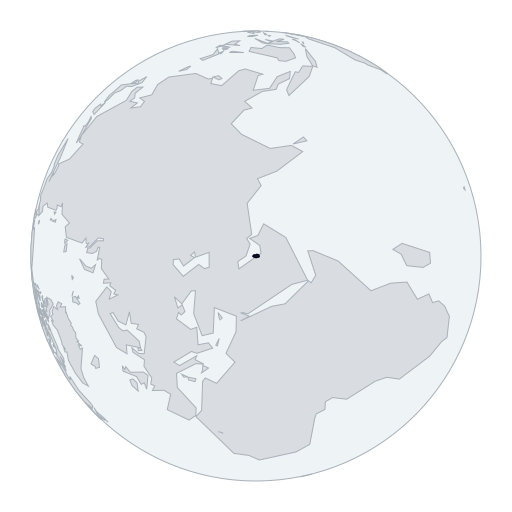 Qatar highlighted on a globe, orthographic projection, rotated 264°
{"feature_id": "QAT", "entity_name": "Qatar", "entity_type": "country or territory", "adm_level": 0, "iso_a3": "QAT", "parent_name": "Asia", "parent_adm1": "", "projection": "orthographic", "projection_center": [51.193, 25.359], "detail": "fine", "context": "on_globe", "style": "filled", "palette": "ink", "viewbox_px": 512, "rotation_deg": 264, "n_neighbors": 0, "source": "natural_earth", "source_scale": "50m", "svg_char_len": 10728}
<svg xmlns="http://www.w3.org/2000/svg" viewBox="0 0 512 512"><g transform="rotate(264 256 256)"><circle cx="256" cy="256" r="225" fill="#eef3f6" stroke="#a8b0b8"/><path d="M319.4,39.8L322.0,40.6L319.4,40.0L308.7,37.2L306.8,37.0L313.3,38.7L314.8,39.7L305.5,37.0L307.1,38.7L289.6,35.8L266.9,31.7L255.1,31.9L226.5,33.2L227.1,33.5L216.6,35.1L213.5,36.3L209.0,36.9L210.3,37.5L215.0,36.8L217.1,37.0L215.6,37.9L209.8,38.5L209.6,38.1L207.1,38.8L204.8,38.8L205.2,39.3L198.2,40.3L202.9,40.7L195.5,42.7L191.5,43.1L194.8,41.2L193.8,39.5L192.6,39.8L208.2,35.8L224.0,33.0L240.0,31.3L256.0,30.7L272.1,31.3L288.0,33.0L303.8,35.9L319.4,39.8ZM155.2,54.5L157.7,53.3L157.8,53.6L166.2,49.9L167.5,49.8L175.0,47.3L170.7,49.9L162.4,54.0L155.9,56.3L152.0,58.4L155.6,58.3L141.1,65.7L127.1,76.0L123.7,78.1L121.7,77.2L128.3,70.9L126.2,71.9L140.4,62.6L155.2,54.5ZM125.3,72.5L124.1,74.0L115.6,80.1L112.8,82.4L111.3,83.9L113.3,82.8L109.7,85.7L109.9,84.5L113.2,81.8L113.1,82.0L116.1,79.4L125.3,72.5ZM31.7,276.7L32.2,281.4L33.2,289.1L31.7,276.7ZM323.0,40.9L324.9,41.5L325.9,41.9L323.0,40.9ZM176.9,46.2L175.9,46.8L175.0,46.9L176.9,46.2ZM181.0,44.8L180.7,44.5L182.6,43.9L182.8,44.0L181.0,44.8ZM322.8,41.4L323.8,42.2L320.9,40.9L322.8,41.4ZM181.1,45.3L186.0,42.7L189.4,41.6L193.0,41.4L181.1,45.3ZM323.2,42.3L325.8,44.7L330.2,46.0L319.0,44.3L320.5,42.4L316.3,40.5L320.7,41.9L323.2,42.3ZM217.1,36.3L212.1,37.0L217.6,35.8L217.1,36.3ZM220.1,35.5L234.0,32.5L240.7,32.3L234.6,33.2L244.4,32.8L240.8,34.1L234.6,34.6L231.0,34.3L232.4,35.1L220.1,35.5ZM312.4,43.3L311.4,43.7L310.4,42.8L312.4,43.3ZM218.3,37.0L220.6,36.3L226.5,36.0L223.2,37.5L222.3,37.1L218.3,37.0ZM248.7,32.2L252.5,32.5L250.6,33.6L251.9,34.0L241.3,34.1L248.7,32.2ZM220.2,37.6L221.3,38.4L217.2,39.4L216.6,37.8L220.2,37.6ZM229.5,35.3L232.1,35.4L229.5,35.8L229.5,35.3ZM203.2,44.2L205.7,42.8L209.0,42.5L203.2,44.2ZM222.0,38.7L223.4,38.3L225.0,38.2L224.8,38.9L222.0,38.7ZM240.7,35.1L239.1,35.6L244.9,35.0L243.8,36.1L236.9,36.2L239.4,36.6L239.1,37.0L233.8,36.7L240.7,35.1ZM229.4,39.3L220.3,40.3L214.9,42.7L211.8,43.0L221.0,39.2L229.4,39.3ZM232.5,37.7L229.9,38.7L227.3,38.4L227.5,37.5L232.5,37.7ZM245.5,37.0L249.0,35.2L250.4,35.3L245.5,37.0ZM228.4,40.0L230.6,39.8L228.3,40.2L228.4,40.0ZM240.8,37.9L241.8,37.2L243.4,37.3L240.8,37.9ZM234.1,40.2L231.2,40.4L231.2,39.7L234.1,40.2ZM237.6,39.2L239.4,39.5L233.0,39.3L237.8,38.8L237.6,39.2ZM242.1,38.1L243.3,38.0L241.4,38.4L242.1,38.1ZM235.7,43.0L227.6,42.9L227.7,41.2L235.5,41.5L235.7,43.0ZM56.9,275.3L52.8,238.0L58.4,228.1L62.0,213.4L102.5,179.5L108.2,185.8L136.9,189.8L140.0,192.8L133.5,203.5L152.6,224.0L162.4,216.0L182.7,228.2L198.2,230.2L209.1,209.2L183.8,205.4L182.4,194.1L205.2,188.0L227.8,192.2L228.0,188.0L216.2,177.2L224.0,170.5L212.5,172.9L215.2,177.6L208.1,179.5L205.1,175.5L208.0,173.1L201.9,170.3L189.8,183.4L191.3,189.6L173.8,189.1L174.6,199.6L168.9,203.3L165.4,187.1L167.8,181.8L159.1,163.2L155.0,168.5L163.0,186.7L159.3,184.6L153.9,192.9L155.2,184.9L147.6,164.7L133.5,164.0L111.1,180.6L103.8,179.5L99.8,172.3L112.5,151.7L127.4,156.7L132.1,150.4L133.0,138.9L137.4,141.7L139.6,138.0L145.6,139.6L157.9,133.1L164.5,134.2L173.1,123.6L177.7,123.0L171.3,129.2L170.5,134.6L187.5,138.3L191.8,136.6L196.0,129.7L200.2,132.0L202.1,124.9L213.7,124.3L201.1,119.4L205.7,112.1L214.7,107.9L214.0,104.9L199.3,111.9L195.5,115.7L195.8,120.2L183.4,130.9L176.7,131.6L181.2,117.7L172.2,117.5L179.6,107.7L214.8,93.2L227.6,91.9L240.8,104.4L235.7,108.3L228.4,105.5L231.7,114.5L233.1,110.6L236.5,112.9L241.8,107.4L244.5,108.8L244.9,101.4L248.8,102.5L248.5,107.2L259.6,100.9L268.7,102.2L269.9,100.2L268.6,97.7L281.0,101.5L281.4,99.9L277.4,98.0L275.6,93.7L277.1,87.9L281.3,89.5L281.3,91.8L287.7,99.5L287.1,106.0L289.0,106.1L290.5,101.0L282.7,91.5L282.5,87.6L286.9,91.6L285.3,89.8L286.5,88.4L291.6,88.8L287.1,84.3L294.4,69.4L305.1,69.3L308.2,74.0L317.8,67.4L329.0,69.2L325.4,67.2L327.5,63.7L324.0,63.0L322.4,61.8L326.3,54.0L330.5,53.9L328.0,49.7L326.1,48.9L322.9,48.5L319.0,44.3L330.2,46.0L333.9,47.6L338.5,48.1L346.2,52.2L354.7,56.3L360.6,61.5L366.8,64.9L367.9,64.7L377.1,69.7L392.5,81.4L375.4,72.3L351.4,57.8L360.8,63.4L357.3,62.5L359.8,64.9L366.5,69.2L368.2,69.4L371.9,80.6L385.4,95.7L387.8,92.2L394.0,94.9L411.4,112.3L424.3,143.3L432.7,149.8L436.3,155.5L435.8,161.2L430.6,152.9L426.0,151.9L423.1,146.7L420.6,154.0L416.3,147.0L416.5,156.7L421.5,161.3L425.3,156.9L427.2,169.2L436.9,176.2L443.1,188.1L443.8,215.2L436.9,227.2L437.5,231.5L432.2,229.1L429.0,239.7L442.1,258.3L443.1,264.9L436.1,281.7L435.3,277.0L421.1,270.5L421.3,287.0L432.1,295.8L436.0,309.4L428.9,307.9L424.7,296.1L419.6,293.4L419.0,279.4L411.0,260.9L403.6,267.6L402.3,259.3L390.1,245.2L378.6,254.2L361.5,281.3L362.3,302.7L355.0,313.4L338.3,285.7L332.7,265.5L325.5,268.5L309.3,252.7L277.9,254.0L274.5,248.6L268.4,251.4L257.1,246.1L252.3,237.2L245.0,237.7L258.2,261.3L266.1,260.8L274.2,251.6L276.2,260.0L287.2,267.0L271.3,287.6L226.5,304.8L224.0,288.6L199.3,241.9L201.1,236.9L201.1,236.4L200.9,235.3L196.8,243.1L193.1,233.9L204.3,266.4L205.4,279.9L225.9,305.7L223.5,308.0L230.6,313.4L255.7,308.0L255.4,313.2L242.5,337.1L209.4,366.7L214.9,387.2L214.3,403.4L196.1,412.0L200.2,424.0L191.2,426.7L192.3,433.0L186.5,438.3L175.8,442.0L154.9,437.4L151.6,431.8L138.2,418.2L118.6,385.7L121.7,373.3L119.0,361.5L104.1,331.2L107.2,317.4L103.8,309.7L96.3,308.6L92.6,299.3L88.3,297.4L63.1,289.8L56.9,275.3ZM85.3,200.2L83.5,204.4L83.4,204.4L85.3,200.2ZM249.8,208.3L264.5,209.7L261.1,195.7L266.5,195.3L263.4,191.0L260.8,194.7L253.6,182.9L261.1,179.3L261.0,173.4L256.0,172.7L243.4,181.5L253.6,198.1L248.8,203.5L249.8,208.3ZM115.6,80.1L115.4,80.3L113.3,82.3L113.0,82.3L115.6,80.1ZM111.8,87.0L106.1,91.6L110.0,88.0L108.4,88.6L114.6,82.2L122.3,78.8L117.7,81.3L111.8,87.0ZM125.0,73.6L120.2,77.4L125.2,73.4L125.0,73.6ZM145.9,117.6L146.6,120.7L142.4,124.4L134.0,124.7L140.0,119.2L145.9,117.6ZM148.6,124.6L155.4,111.7L160.9,111.6L156.7,113.7L159.6,114.9L153.6,118.8L152.3,131.9L148.5,136.1L135.0,133.4L141.5,131.7L140.4,128.4L148.6,124.6ZM162.9,84.6L165.9,80.6L174.0,85.2L170.3,88.6L161.6,88.7L161.0,84.8L162.9,84.6ZM186.5,46.0L187.1,45.3L188.7,44.9L189.5,45.3L186.5,46.0ZM204.1,43.6L185.4,49.5L185.2,48.8L174.5,54.0L169.8,54.2L176.8,50.7L165.2,55.1L169.7,52.1L161.9,55.5L178.1,47.7L181.6,45.7L179.5,47.7L183.7,47.5L186.7,46.7L197.6,43.4L207.3,39.5L213.1,39.1L214.6,39.9L213.2,40.8L209.9,40.6L210.3,42.0L204.4,42.5L204.1,43.6ZM228.9,57.8L225.6,55.9L225.5,61.3L219.6,60.7L220.0,61.4L214.5,62.5L208.4,65.2L206.2,64.5L204.8,65.9L201.2,66.9L198.5,68.7L193.6,68.3L189.9,70.6L189.7,69.1L184.7,73.3L186.2,70.1L181.6,71.5L182.6,73.8L162.4,70.1L152.9,72.0L144.1,75.7L147.8,70.5L158.4,64.1L171.7,58.6L180.4,57.9L180.5,56.0L184.7,55.2L182.9,57.0L188.2,53.9L191.2,53.8L203.0,50.7L208.9,46.9L213.3,46.0L212.5,47.5L217.5,45.5L219.0,47.9L222.3,47.4L226.9,49.5L223.5,53.2L227.4,52.4L231.1,54.4L228.9,57.8ZM236.8,43.6L234.0,47.5L229.4,49.3L223.2,44.9L220.0,45.1L215.8,43.0L222.6,40.6L223.2,41.4L225.3,41.6L222.3,42.2L226.3,41.9L227.2,43.0L230.5,43.2L228.7,44.3L236.8,43.6ZM145.4,189.6L148.1,190.9L152.8,191.6L149.5,197.1L145.4,189.6ZM139.9,175.8L142.6,175.8L140.2,183.4L137.4,182.3L139.9,175.8ZM146.2,169.7L143.0,175.3L143.0,171.6L146.2,169.7ZM174.1,129.1L177.3,128.9L176.8,130.7L174.1,132.8L174.1,129.1ZM227.2,76.0L226.1,74.1L227.5,73.5L229.6,68.9L234.1,69.3L234.7,72.3L227.2,76.0ZM203.7,212.4L198.0,216.0L196.2,213.6L198.5,212.8L203.7,212.4ZM171.5,206.7L177.9,210.8L170.6,208.2L171.5,206.7ZM232.5,75.7L232.8,73.6L234.9,75.2L232.5,75.7ZM237.5,69.4L240.3,70.7L234.9,68.8L237.5,69.4ZM301.4,469.5L303.6,470.2L299.9,470.8L301.4,469.5ZM253.3,402.6L241.4,429.1L230.6,428.8L227.2,421.0L230.6,404.9L242.7,400.5L248.3,392.8L253.3,402.6ZM461.6,325.8L463.9,324.4L463.7,325.4L461.6,325.8ZM459.4,324.9L462.4,322.6L458.5,327.4L459.4,324.9ZM463.5,321.8L466.5,317.3L467.8,314.6L467.3,316.8L463.5,321.8ZM457.2,326.7L443.4,335.5L437.3,336.4L439.2,332.2L449.0,327.5L457.2,326.7ZM438.7,332.3L428.9,327.6L412.1,305.5L418.2,303.8L435.1,314.2L434.1,317.6L440.1,322.3L438.7,332.3ZM460.7,301.5L459.6,311.0L452.4,315.2L448.9,316.0L446.5,306.0L447.9,299.3L450.9,297.7L460.2,270.5L463.9,272.8L461.7,283.5L464.6,289.2L460.7,301.5ZM363.5,304.5L369.4,315.7L365.2,318.6L363.5,304.5ZM462.1,253.5L459.6,265.2L461.2,250.8L462.1,253.5ZM461.9,240.8L463.0,245.1L460.7,242.0L461.9,240.8ZM439.2,237.7L436.1,240.6L435.1,237.5L438.5,232.0L439.2,237.7ZM447.8,198.4L451.1,207.6L451.8,211.1L448.7,206.5L447.8,198.4ZM271.7,80.2L263.7,85.9L261.0,91.1L264.2,95.5L256.3,92.2L260.5,84.1L271.7,80.2ZM291.2,70.4L288.3,67.2L291.8,67.4L292.9,68.2L291.2,70.4ZM287.9,69.3L280.3,67.7L280.1,65.2L286.2,66.9L287.9,69.3ZM256.2,70.7L253.5,72.2L251.9,70.8L256.2,70.7ZM432.8,395.6L425.5,404.0L423.2,405.6L428.2,399.5L434.8,386.1L436.0,385.4L440.7,374.9L454.9,356.1L466.4,331.0L469.2,327.3L474.4,309.8L475.5,306.5L471.2,322.6L465.7,338.2L459.1,353.4L451.4,368.1L442.6,382.2L432.8,395.6ZM467.2,321.1L471.0,310.9L472.4,308.6L467.2,321.1ZM479.7,282.9L479.9,280.6L478.4,284.3L478.1,281.4L479.2,276.4L477.4,277.2L479.5,270.9L479.8,277.6L480.7,268.4L481.0,266.3L479.7,282.9ZM478.3,289.6L478.5,288.8L478.0,292.1L478.3,289.6ZM474.1,290.7L473.8,293.3L473.1,292.5L474.1,290.7ZM475.2,287.9L477.1,287.0L474.9,290.2L475.2,287.9ZM466.3,289.7L467.3,294.4L470.4,287.8L468.0,295.2L469.5,302.4L468.5,306.6L467.2,298.6L465.7,309.7L464.2,310.8L464.0,302.7L465.8,290.6L467.2,284.8L472.5,277.5L466.3,289.7ZM475.4,281.1L474.7,275.4L475.1,270.4L475.9,272.9L475.4,281.1ZM471.7,262.3L468.8,257.1L467.0,262.1L469.7,247.3L472.2,254.7L471.7,262.3ZM467.7,247.8L466.2,252.3L467.2,244.2L467.7,247.8ZM465.2,250.3L464.0,245.3L465.8,244.4L465.2,250.3ZM468.8,247.0L467.4,237.7L469.2,242.2L468.8,247.0ZM460.8,234.3L466.2,239.5L460.8,240.1L456.1,223.4L458.1,221.2L460.8,234.3ZM443.6,157.6L440.7,153.5L441.2,150.8L443.1,154.4L443.6,157.6ZM440.2,140.1L440.4,148.9L440.1,156.7L442.2,157.6L445.8,166.1L440.3,160.7L437.5,149.7L438.5,145.3L434.6,138.6L432.9,132.4L427.1,125.3L425.0,121.2L430.6,126.5L440.2,140.1ZM424.5,122.5L413.7,109.8L416.6,108.6L419.6,111.2L423.3,117.3L421.6,117.5L424.5,122.5ZM412.0,106.5L410.2,106.8L390.6,92.3L387.2,89.1L403.6,98.6L402.8,99.5L407.1,103.5L412.0,106.5ZM313.9,44.4L311.7,43.8L313.6,43.9L313.9,44.4ZM320.5,61.6L318.6,60.0L321.0,59.9L320.5,61.6ZM314.9,55.9L313.4,57.1L313.2,55.2L314.9,55.9ZM310.6,60.0L312.0,57.2L313.2,60.9L310.6,60.0Z" fill="#d9dde1" stroke="#a8b0b8" stroke-width="1"/><path d="M256.3,259.0L255.9,259.0L255.6,259.1L255.4,259.1L255.2,259.1L254.8,258.7L254.6,258.2L254.8,257.8L254.5,256.7L254.4,255.8L254.5,255.7L254.8,255.0L255.0,254.6L255.3,253.6L255.7,253.2L256.2,252.9L256.7,253.4L257.2,253.9L257.3,254.3L257.2,254.7L257.0,255.3L257.1,255.6L257.2,255.9L257.3,256.3L257.5,256.8L257.5,257.2L257.4,257.5L257.2,257.8L256.8,258.7L256.7,258.8L256.3,259.0Z" fill="#0f172a" stroke="#020617" stroke-width="1.5"/></g></svg>